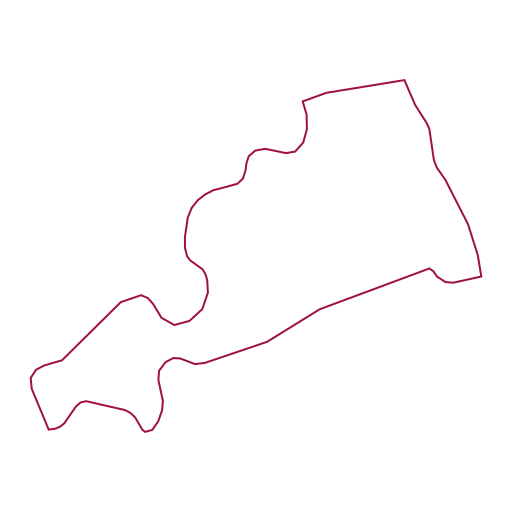 map outline of Fermo (Robinson projection)
{"feature_id": "ITA-5430", "entity_name": "Fermo", "entity_type": "Province", "adm_level": 1, "iso_a3": "ITA", "parent_name": "Italy", "parent_adm1": "", "projection": "robinson", "projection_center": [13.497, 43.091], "detail": "fine", "context": "isolated", "style": "outline", "palette": "rose", "viewbox_px": 512, "rotation_deg": 0, "n_neighbors": 0, "source": "natural_earth", "source_scale": "10m", "svg_char_len": 1084}
<svg xmlns="http://www.w3.org/2000/svg" viewBox="0 0 512 512"><path d="M404.4,80.1L415.2,105.0L426.4,122.6L429.3,128.8L433.9,160.1L436.8,167.6L445.3,179.7L468.0,224.2L477.8,255.2L481.3,276.5L453.3,282.7L445.5,282.1L436.9,276.5L433.4,271.2L429.3,268.5L319.8,309.2L267.1,341.8L204.9,362.9L195.1,364.1L179.9,358.4L173.5,358.0L165.6,362.1L159.1,370.7L158.4,380.1L162.9,400.9L162.1,410.3L158.2,421.3L152.3,429.9L145.1,431.9L142.3,429.6L135.2,417.5L130.4,412.9L125.1,410.1L86.2,401.2L80.6,402.4L76.0,406.4L64.4,423.2L60.1,426.7L55.2,428.7L48.7,429.6L31.7,388.7L30.7,377.9L36.1,369.7L44.4,365.4L62.0,360.3L120.8,302.1L141.1,295.2L147.9,298.1L153.0,303.8L161.5,317.8L174.3,325.0L189.5,320.9L202.3,309.1L207.9,292.6L207.2,280.3L205.6,274.5L202.7,269.4L190.4,260.6L187.1,256.4L185.0,247.9L184.9,237.2L187.8,217.4L191.8,207.7L197.9,200.1L205.4,194.3L213.4,190.2L237.4,183.8L242.9,178.6L245.5,170.5L246.5,163.0L248.7,156.3L255.2,150.6L265.2,148.8L285.9,153.1L295.1,151.6L303.2,142.6L306.9,129.3L306.6,114.6L302.7,101.4L326.4,92.8L404.4,80.1Z" fill="none" stroke="#9f1239" stroke-width="2"/></svg>